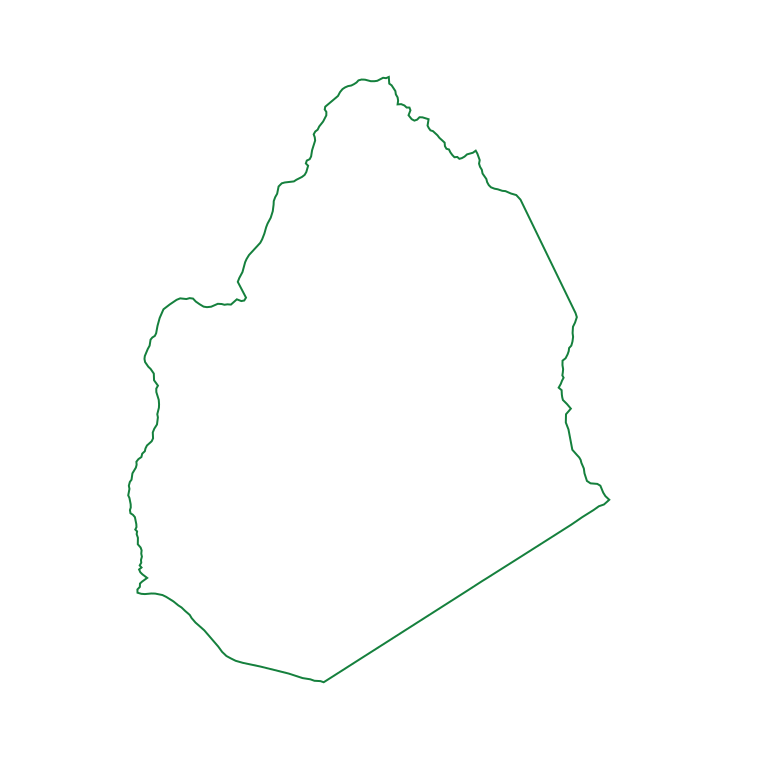 outline of Bom Jesus do Tocantins, Pará, Brazil, rotated 9°
{"feature_id": "56859067B86767686760790", "entity_name": "Bom Jesus do Tocantins", "entity_type": "district", "adm_level": 2, "iso_a3": "BRA", "parent_name": "Brazil", "parent_adm1": "Pará", "projection": "robinson", "projection_center": [-48.817, -5.028], "detail": "fine", "context": "isolated", "style": "outline", "palette": "green", "viewbox_px": 768, "rotation_deg": 9, "n_neighbors": 0, "source": "geoboundaries", "source_scale": "gbopen_adm2", "svg_char_len": 3648}
<svg xmlns="http://www.w3.org/2000/svg" viewBox="0 0 768 768"><g transform="rotate(9 384 384)"><path d="M490.0,180.6L485.1,176.7L479.6,176.0L473.8,174.5L470.6,174.7L465.9,173.9L462.6,173.8L458.9,173.0L456.4,171.2L454.3,168.5L453.0,165.5L448.4,160.7L447.1,157.1L444.9,154.5L443.4,151.5L443.5,147.9L440.2,141.9L438.1,139.2L435.6,141.7L430.1,144.2L428.0,146.8L425.6,148.7L423.2,149.8L420.9,148.3L418.1,149.0L415.6,147.1L413.3,144.8L411.5,142.2L408.9,141.9L407.0,139.6L406.1,136.1L400.2,132.2L397.9,130.0L392.8,126.6L390.2,126.2L388.2,124.2L386.6,122.0L386.6,115.5L380.2,114.6L377.3,115.0L375.4,117.7L372.8,119.1L369.9,118.1L366.2,114.7L367.3,109.5L365.9,107.0L363.1,107.4L360.6,105.7L357.2,104.9L353.7,105.7L353.6,101.9L352.6,98.8L350.4,96.1L349.4,92.9L344.8,87.8L342.2,86.5L340.7,80.0L338.2,81.6L335.2,81.7L329.9,85.6L326.9,86.5L323.7,87.0L317.6,86.4L314.2,86.8L311.3,88.1L309.7,90.5L307.5,92.5L305.0,94.3L301.9,95.4L299.2,97.1L296.9,99.2L294.9,102.6L293.5,106.7L282.6,119.3L282.5,122.1L284.5,124.3L285.0,127.7L282.8,134.3L279.7,139.8L278.7,143.2L276.6,145.4L275.5,148.4L277.0,151.1L277.9,154.3L276.4,164.4L276.4,170.7L275.4,173.6L272.8,175.4L272.3,178.4L274.9,180.3L274.1,186.8L272.9,189.9L270.6,192.3L265.5,196.0L263.3,198.0L254.4,200.5L251.6,201.8L249.0,205.4L248.7,212.8L247.3,216.5L246.5,220.6L246.9,224.1L247.1,230.8L246.6,234.1L246.1,237.5L243.9,243.8L243.1,247.5L242.3,254.2L241.0,260.2L239.7,263.9L230.5,277.7L228.7,282.1L227.8,285.4L226.7,295.6L224.5,301.9L223.6,306.0L234.2,320.3L232.9,323.4L230.1,324.4L225.4,323.4L220.4,329.5L216.9,329.8L214.0,330.7L211.2,330.4L207.3,330.8L201.2,334.7L197.1,335.8L193.7,335.8L189.5,334.1L185.2,332.0L182.0,329.5L178.6,329.6L175.5,331.0L169.3,331.3L166.0,333.3L159.9,339.0L154.5,344.7L152.1,353.9L151.2,362.0L151.0,369.6L150.1,372.4L147.9,374.3L146.5,376.7L146.5,382.8L145.2,386.4L143.4,393.8L143.5,396.7L144.6,399.7L148.5,403.8L151.1,405.6L155.0,409.7L156.3,416.3L161.0,421.0L159.8,424.2L160.4,427.6L164.0,434.9L165.0,439.2L165.4,442.6L164.8,449.3L165.9,452.3L166.1,459.5L164.1,464.1L163.2,468.0L164.4,473.8L163.5,476.9L159.5,481.8L158.5,484.9L158.3,487.8L156.1,490.6L155.8,494.1L153.2,496.6L151.6,499.5L152.3,502.5L152.0,505.4L149.5,511.6L149.6,518.0L148.3,520.5L147.9,524.4L149.0,527.4L148.8,534.0L150.4,536.4L152.6,542.4L153.2,545.6L152.8,548.3L153.8,551.3L156.5,552.5L158.8,554.5L161.3,561.2L161.9,564.1L161.1,566.7L163.2,568.2L163.2,571.0L165.0,574.4L165.9,580.8L169.2,583.6L170.6,586.2L170.8,589.6L171.9,592.4L171.5,595.8L172.2,598.5L171.1,601.4L173.2,603.2L171.1,605.5L172.8,608.1L175.2,609.8L180.4,612.6L175.8,617.2L174.2,619.3L174.6,622.6L172.6,625.5L173.2,628.7L177.1,629.2L180.7,628.9L187.0,627.3L190.8,626.8L198.2,627.1L202.1,628.3L210.1,631.7L215.4,634.8L219.0,636.4L223.0,639.2L228.3,642.5L230.6,645.3L235.1,649.1L245.0,655.4L261.4,669.3L266.0,673.9L270.9,677.3L275.7,679.0L280.8,680.6L288.3,681.5L306.1,682.4L335.1,684.9L349.5,687.2L357.4,687.2L361.7,688.0L367.7,687.4L371.1,688.0L498.6,575.1L512.0,563.1L514.7,560.8L543.4,535.6L590.9,493.7L600.5,484.6L610.7,475.7L615.4,471.1L620.1,468.6L624.6,463.1L620.2,460.1L617.5,457.0L613.6,450.6L610.3,449.3L603.5,449.8L599.6,448.0L596.0,440.9L594.6,436.2L591.3,431.0L590.1,428.2L588.3,426.0L585.4,423.7L580.3,419.5L573.3,400.0L569.6,393.6L568.5,385.4L572.4,379.1L567.9,375.2L563.2,371.8L562.1,369.2L561.3,366.6L560.4,362.3L557.1,360.3L558.6,356.2L559.3,352.9L560.4,349.7L558.8,347.6L558.8,344.7L558.6,341.3L557.3,337.4L556.7,333.0L559.3,330.2L560.7,326.0L561.3,322.6L561.2,319.5L563.0,316.8L563.5,312.7L563.4,307.9L562.3,304.2L561.7,297.9L563.1,293.4L564.0,287.8L562.1,284.0L490.0,180.6Z" fill="none" stroke="#15803d" stroke-width="2"/></g></svg>